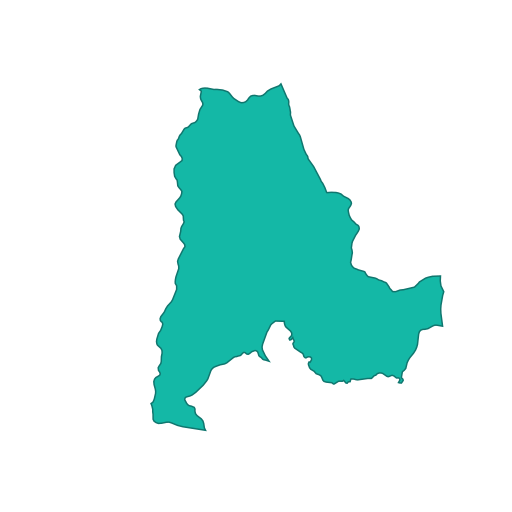 Bié, orthographic projection, rotated 156°
{"feature_id": "AGO-1886", "entity_name": "Bié", "entity_type": "Province", "adm_level": 1, "iso_a3": "AGO", "parent_name": "Angola", "parent_adm1": "", "projection": "orthographic", "projection_center": [17.419, -12.443], "detail": "fine", "context": "isolated", "style": "filled", "palette": "teal", "viewbox_px": 512, "rotation_deg": 156, "n_neighbors": 0, "source": "natural_earth", "source_scale": "10m", "svg_char_len": 6130}
<svg xmlns="http://www.w3.org/2000/svg" viewBox="0 0 512 512"><g transform="rotate(156 256 256)"><path d="M174.8,80.8L176.2,81.5L177.3,82.4L175.7,83.6L175.0,84.2L174.7,85.0L175.0,86.3L175.7,86.9L176.6,87.1L177.3,87.5L178.9,90.5L179.8,91.4L180.8,91.8L183.3,91.8L184.4,92.0L185.4,92.9L188.0,97.2L189.2,98.2L190.9,99.0L193.0,99.2L195.0,98.4L196.6,98.6L200.3,97.2L203.8,98.7L213.5,101.5L215.0,102.4L216.7,103.8L219.2,105.0L220.3,104.0L221.1,102.9L222.8,103.5L224.5,102.7L225.5,103.4L226.5,106.7L227.7,106.4L229.0,106.9L230.4,107.6L231.6,108.0L236.6,107.3L237.3,107.6L238.3,109.4L243.2,112.3L244.9,113.8L245.4,115.3L245.3,118.6L245.5,120.2L246.5,121.7L248.9,124.0L249.8,127.1L252.0,130.2L252.5,132.1L252.3,135.3L251.8,136.6L250.6,137.6L249.9,136.9L247.6,138.5L246.8,140.2L247.4,141.7L249.3,142.7L250.9,142.8L251.7,142.6L252.4,143.0L253.1,144.6L252.9,146.4L252.9,147.7L253.4,148.7L254.6,150.4L258.1,156.1L258.4,157.7L258.2,158.3L258.1,159.0L258.1,160.3L257.9,160.9L257.3,161.4L256.0,162.2L255.6,163.0L255.8,165.2L255.6,166.5L256.7,165.8L258.2,165.3L259.3,165.5L259.4,167.0L258.8,167.6L256.4,168.6L255.6,169.0L254.7,171.1L255.0,173.4L257.5,178.8L257.7,179.9L257.7,181.0L257.5,182.5L257.0,184.2L256.7,184.8L257.1,185.0L264.7,188.7L269.0,187.7L270.5,187.1L274.8,183.5L277.0,182.0L285.8,172.8L287.5,170.4L288.3,167.6L288.1,161.0L286.9,154.6L289.7,157.1L290.9,157.9L291.5,158.5L291.8,158.9L292.6,161.3L293.4,162.4L293.9,163.6L293.9,163.8L293.5,167.1L293.5,167.6L293.6,167.9L293.9,168.7L294.5,169.5L295.3,170.0L295.8,170.1L298.8,170.3L301.6,169.5L302.8,169.4L303.1,169.4L303.7,169.8L304.4,170.3L304.6,170.7L305.2,172.1L305.7,172.5L306.3,172.9L307.0,172.8L307.9,172.6L309.6,171.8L310.5,171.5L311.3,171.5L312.4,171.8L314.6,172.0L316.1,172.5L317.4,172.5L319.2,172.1L326.1,170.3L328.5,170.2L333.1,171.2L337.6,171.5L339.9,171.5L342.0,170.8L343.8,169.7L350.0,163.3L351.9,162.0L356.7,159.5L366.4,156.0L371.0,155.0L373.2,155.0L377.2,155.6L378.8,155.0L379.6,153.6L379.4,151.6L379.3,149.7L378.9,148.2L378.3,146.9L377.6,146.2L376.0,145.0L374.0,142.8L374.0,141.0L374.9,139.2L375.4,136.6L374.8,134.2L372.2,129.4L371.6,126.9L371.9,124.3L373.1,119.9L373.0,117.3L392.3,129.8L396.6,133.2L401.0,137.8L403.0,139.6L405.2,140.5L410.1,141.6L413.2,142.7L415.0,144.4L416.3,146.5L416.4,148.7L414.4,153.3L413.7,155.7L412.7,157.9L412.0,161.6L411.9,163.9L409.8,164.3L408.4,165.4L407.1,166.7L403.7,171.2L402.7,173.2L402.1,175.4L401.4,180.0L400.4,182.9L398.7,184.8L396.9,185.7L393.9,186.0L392.4,186.3L391.4,187.3L391.2,189.1L391.6,191.1L390.8,193.7L389.1,195.0L386.7,196.5L385.5,198.1L383.3,202.6L381.3,205.4L380.3,207.9L380.4,210.3L382.0,214.0L382.3,214.9L382.3,216.0L381.7,218.3L380.4,220.4L376.6,224.8L375.9,225.3L373.5,226.7L370.4,229.7L369.0,231.5L368.7,232.6L368.7,233.6L369.3,234.7L369.6,236.0L369.1,237.7L367.6,239.3L362.7,242.0L359.6,244.7L357.0,246.4L352.1,248.5L350.0,250.0L342.1,257.7L340.6,261.1L340.9,263.7L340.3,265.3L339.1,267.4L337.6,269.5L331.7,275.9L330.7,278.3L330.5,280.2L329.8,283.0L328.2,284.9L319.2,292.2L317.1,293.4L316.5,295.4L316.9,297.4L318.4,302.1L318.0,304.9L314.8,309.1L313.3,311.8L311.9,313.2L309.5,314.8L307.7,316.4L307.7,318.1L306.1,322.4L306.5,324.5L308.6,329.9L309.3,333.9L308.8,336.4L307.1,337.9L303.1,339.7L301.8,340.3L300.1,341.5L298.6,343.2L297.4,345.2L297.8,347.4L298.5,349.7L298.9,351.9L297.6,355.9L297.2,357.5L297.6,358.9L297.9,361.9L296.9,365.5L295.4,368.9L292.5,371.5L284.7,373.3L283.7,375.2L283.7,377.2L284.4,379.5L284.6,388.1L284.4,389.0L283.9,389.8L282.0,392.5L281.3,393.3L280.6,393.9L280.1,394.0L279.5,394.4L278.7,395.1L277.4,396.5L276.0,397.5L274.9,397.9L274.1,398.3L270.1,401.1L269.1,401.5L268.6,401.6L266.4,401.3L265.3,401.4L261.6,403.0L261.2,403.1L260.7,403.1L257.8,402.8L257.0,402.9L256.1,403.2L254.7,403.9L254.0,404.4L253.5,404.8L250.7,409.0L247.8,412.4L247.2,412.9L243.4,415.4L243.0,415.9L242.6,416.8L242.4,417.9L242.7,421.3L242.5,422.6L242.2,423.6L241.9,424.5L239.2,428.3L239.0,428.7L239.1,429.4L239.3,429.7L240.0,431.0L238.5,431.2L236.9,431.0L234.6,430.3L232.2,429.1L226.8,425.3L223.8,424.0L218.9,421.1L215.0,417.5L214.1,415.5L213.0,411.0L212.2,408.9L209.3,404.3L207.9,402.7L206.9,401.9L204.8,401.2L202.7,401.1L200.1,402.0L199.3,402.6L197.7,403.5L195.7,404.2L193.6,403.9L191.8,403.2L188.8,401.1L186.9,400.3L184.4,400.0L181.5,400.7L178.5,402.0L174.4,402.5L166.0,402.1L165.0,402.3L163.2,403.1L163.4,387.7L163.0,386.3L162.9,385.7L163.0,385.0L163.1,384.3L163.5,383.2L164.3,381.7L164.5,381.1L164.7,380.2L164.7,378.6L165.3,376.0L165.6,375.1L165.9,373.6L166.1,373.1L167.2,370.9L167.3,370.4L168.4,359.9L168.4,358.9L167.4,350.9L167.0,348.9L167.0,347.0L168.9,333.9L168.8,328.8L168.3,326.1L168.5,325.0L168.8,324.2L168.8,323.6L168.7,322.7L167.0,314.3L166.0,299.6L166.1,297.8L165.5,295.1L165.3,290.5L165.6,285.3L165.4,285.0L161.4,283.6L157.0,281.4L155.0,279.9L153.1,278.0L151.7,275.0L148.4,271.0L147.4,269.0L147.1,266.5L147.5,265.1L149.0,263.6L151.9,261.8L152.6,261.2L153.3,260.0L153.8,258.0L154.3,255.4L154.3,252.8L154.0,250.1L152.6,247.2L151.7,244.4L150.4,242.6L150.1,241.6L150.1,240.6L150.4,239.6L150.5,239.1L150.8,238.6L152.3,237.2L154.8,235.5L156.5,234.5L161.8,230.2L163.1,228.7L165.6,224.6L165.9,222.4L166.7,219.7L167.9,218.0L170.6,213.8L171.9,212.1L172.2,211.7L172.5,209.1L172.4,207.9L171.8,205.9L171.4,205.1L170.7,204.3L169.2,202.9L168.4,201.9L163.7,198.0L163.1,197.3L163.0,196.8L163.0,195.6L162.5,192.9L161.9,191.5L161.0,190.8L156.2,187.4L155.1,186.3L154.5,185.5L154.1,184.8L153.3,183.9L151.3,182.3L149.7,180.3L148.4,179.1L148.0,178.5L147.8,178.0L147.0,173.5L147.0,172.2L146.8,171.4L146.4,170.5L145.7,168.0L144.7,167.4L142.9,166.6L138.3,166.3L134.9,165.2L123.9,163.1L118.7,165.0L117.3,165.8L110.1,166.8L107.2,166.5L103.1,165.7L95.6,162.7L97.8,158.3L99.2,153.5L99.0,147.0L101.4,144.2L107.0,135.9L108.8,132.5L110.4,128.5L114.1,116.0L119.0,119.3L120.8,120.1L123.0,120.2L128.5,119.7L131.7,120.4L133.1,121.0L134.2,121.2L135.8,121.2L137.6,120.3L139.2,118.5L144.4,109.6L146.2,107.4L148.4,105.3L151.7,103.1L156.9,100.5L159.2,98.9L161.4,97.0L164.9,92.4L166.9,91.4L169.0,90.8L169.3,90.7L169.8,90.1L172.2,86.5L172.6,85.9L172.6,85.5L171.9,83.6L172.2,82.4L174.8,80.8Z" fill="#14b8a6" stroke="#0f766e" stroke-width="1.5"/></g></svg>